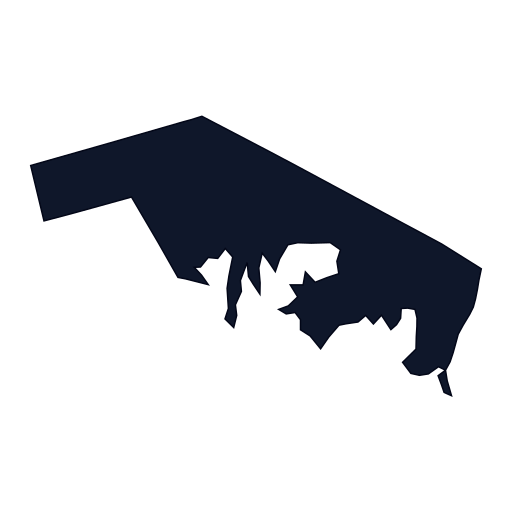 Miguel Leão, Piauí, Brazil (Equal Earth projection)
{"feature_id": "56859067B33097210758811", "entity_name": "Miguel Leão", "entity_type": "district", "adm_level": 2, "iso_a3": "BRA", "parent_name": "Brazil", "parent_adm1": "Piauí", "projection": "equal_earth", "projection_center": [-42.679, -5.71], "detail": "fine", "context": "isolated", "style": "filled", "palette": "ink", "viewbox_px": 512, "rotation_deg": 0, "n_neighbors": 0, "source": "geoboundaries", "source_scale": "gbopen_adm2", "svg_char_len": 1402}
<svg xmlns="http://www.w3.org/2000/svg" viewBox="0 0 512 512"><path d="M445.5,370.2L450.1,361.8L453.1,352.8L455.4,344.5L458.2,334.2L463.1,325.2L469.7,314.3L473.3,307.1L475.5,299.0L477.4,289.5L478.9,280.2L481.3,268.8L441.7,244.0L402.9,223.2L296.4,165.9L268.5,151.1L201.9,116.3L190.8,119.8L183.7,121.7L101.1,145.5L30.7,165.5L44.0,220.9L75.6,212.5L131.5,197.0L158.3,242.7L178.0,277.4L185.4,278.8L208.2,284.6L201.5,275.1L194.2,267.3L200.5,267.0L208.2,257.5L217.7,258.4L225.3,248.5L232.7,257.0L228.9,276.0L227.1,288.3L228.4,308.5L225.0,318.9L233.7,327.5L236.7,315.4L235.4,304.8L241.4,291.4L240.4,280.5L244.1,270.5L247.2,262.4L248.5,276.5L253.2,284.1L259.9,294.1L260.1,282.8L258.8,267.9L262.2,253.1L268.2,261.0L275.3,271.6L279.6,258.9L287.9,244.8L297.7,242.7L311.4,243.1L330.2,242.6L340.5,249.8L336.9,261.2L338.8,273.7L326.8,277.7L315.1,282.3L305.4,271.9L303.1,284.9L290.3,284.9L297.7,296.9L288.3,305.9L278.7,309.4L286.2,313.9L295.1,312.5L300.5,319.7L300.5,329.8L310.1,335.9L320.6,348.8L328.8,337.0L339.0,325.2L345.9,323.8L358.0,322.0L365.7,315.4L373.4,324.0L381.5,315.2L390.9,329.6L396.5,324.7L400.6,318.3L401.2,308.5L407.6,308.1L415.0,309.4L417.0,318.0L416.9,326.6L416.3,336.5L416.0,349.1L402.6,362.3L410.9,373.4L419.4,375.3L428.4,373.9L438.5,366.7L445.5,370.2ZM451.5,395.7L447.2,380.8L445.5,370.2L438.1,375.7L441.5,384.8L444.1,392.4L451.5,395.7Z" fill="#0f172a" stroke="#020617" stroke-width="1.5"/></svg>